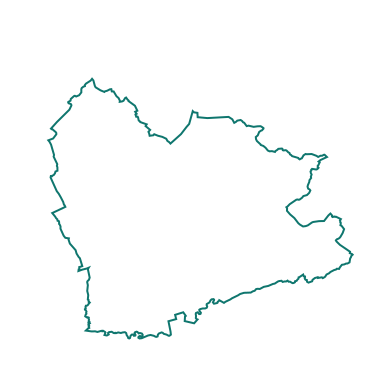 Kao Liao, Nakhon Sawan, Thailand (Equal Earth projection), rotated 76°
{"feature_id": "78962969B93579167004560", "entity_name": "Kao Liao", "entity_type": "district", "adm_level": 2, "iso_a3": "THA", "parent_name": "Thailand", "parent_adm1": "Nakhon Sawan", "projection": "equal_earth", "projection_center": [100.115, 15.884], "detail": "fine", "context": "isolated", "style": "outline", "palette": "teal", "viewbox_px": 384, "rotation_deg": 76, "n_neighbors": 0, "source": "geoboundaries", "source_scale": "gbopen_adm2", "svg_char_len": 5989}
<svg xmlns="http://www.w3.org/2000/svg" viewBox="0 0 384 384"><g transform="rotate(76 192 192)"><path d="M58.0,261.6L59.4,263.4L61.2,268.7L62.3,270.1L63.4,270.3L63.5,271.8L64.4,273.8L65.4,274.5L68.6,275.3L70.8,278.1L71.3,281.3L70.3,282.4L70.4,283.3L72.4,287.1L74.0,287.8L74.7,290.3L75.3,290.5L76.1,290.2L77.3,288.3L78.3,288.0L78.9,288.1L82.5,291.1L91.4,306.1L96.4,313.5L97.2,312.9L97.3,312.3L101.0,309.7L102.0,309.4L103.2,309.7L106.5,313.8L107.1,318.9L108.8,318.1L111.9,317.3L122.7,316.9L124.2,317.7L132.4,316.0L134.0,316.8L135.3,316.6L138.8,317.4L139.1,319.5L140.8,320.5L142.1,322.1L142.4,323.7L142.8,324.0L142.4,325.1L143.7,325.7L158.5,323.0L161.5,321.7L165.4,320.6L170.5,319.4L173.3,319.3L174.1,318.8L175.8,318.5L178.6,332.7L182.8,330.7L184.5,330.2L185.9,329.3L187.4,329.4L188.0,328.3L189.1,328.2L190.8,328.7L191.4,328.3L193.5,327.9L195.8,328.5L203.4,327.1L205.8,326.0L207.2,322.7L208.3,323.3L212.5,323.0L220.3,319.0L223.8,318.9L227.6,317.7L229.2,316.8L237.4,316.4L237.6,319.6L239.7,319.9L239.7,320.7L241.2,321.3L240.8,317.3L240.8,312.7L240.5,310.6L241.6,311.7L250.3,312.0L252.2,313.2L253.2,314.9L254.0,315.5L257.2,315.6L262.7,317.6L266.9,317.6L271.1,319.1L271.7,318.5L272.7,318.8L274.5,318.0L274.7,318.9L275.1,318.8L276.6,320.6L276.9,321.7L276.7,322.5L277.8,323.2L279.1,323.2L279.8,324.3L280.4,324.3L280.8,323.7L282.5,323.3L283.7,324.0L284.6,323.9L285.5,325.0L286.8,325.7L288.3,324.3L288.2,323.5L288.9,322.6L289.7,323.1L290.6,322.7L292.3,323.5L292.8,323.0L293.5,323.8L294.0,323.0L294.6,322.8L295.0,324.4L295.9,324.7L296.4,324.1L297.1,324.1L297.8,324.9L299.0,324.6L299.3,325.9L300.8,328.5L302.9,323.4L303.8,319.6L304.9,317.6L304.8,313.6L304.9,312.8L305.4,312.7L305.2,311.8L306.8,310.2L307.4,310.0L309.6,311.5L310.5,309.7L310.6,309.1L310.1,307.3L308.5,307.6L307.9,306.4L308.2,303.7L309.9,302.1L310.2,301.3L310.0,300.6L310.6,300.0L310.4,297.6L311.6,295.1L311.5,293.2L311.8,291.0L312.9,290.0L315.1,290.0L316.9,289.3L318.3,289.2L318.9,288.4L318.7,287.5L316.7,286.4L315.8,285.0L316.0,283.7L317.5,283.1L317.6,281.8L317.1,281.4L314.9,281.8L314.3,281.2L314.1,279.6L314.6,278.8L316.3,277.9L316.2,276.7L317.2,274.9L318.5,274.4L319.5,274.7L319.8,275.3L319.8,276.3L319.1,277.4L319.5,278.8L320.4,279.3L321.4,278.4L321.7,276.2L320.6,269.4L320.7,266.8L322.3,263.8L323.6,262.4L324.0,261.4L323.8,260.3L322.2,259.6L321.3,258.4L320.9,255.5L321.5,254.5L322.8,253.7L324.2,251.2L325.8,249.5L326.0,248.6L325.3,247.0L322.2,246.6L311.7,246.1L311.5,238.1L307.1,238.1L306.6,229.6L310.7,228.0L311.1,228.9L315.5,230.3L319.9,221.7L317.0,217.5L316.4,218.3L315.3,218.8L313.3,218.1L311.2,217.9L310.3,217.3L310.1,215.6L312.2,214.6L312.4,213.8L312.2,213.1L311.3,212.6L309.1,213.5L308.0,213.4L307.6,212.3L307.6,209.8L308.2,207.2L307.8,205.6L306.6,204.9L305.3,205.2L304.3,204.8L303.4,201.8L301.6,200.2L300.9,199.0L301.1,197.1L301.7,196.6L302.4,196.8L304.1,198.4L305.7,197.7L305.8,194.5L305.5,193.9L304.7,193.6L304.1,192.0L303.6,191.7L307.3,187.8L306.6,186.1L305.5,180.7L304.8,178.9L303.4,172.3L302.6,170.0L302.4,165.9L303.8,159.3L303.1,157.0L303.0,155.1L301.7,153.2L301.8,151.7L302.5,149.7L301.4,145.3L301.6,140.7L300.8,135.7L300.9,133.9L299.6,130.2L299.5,129.0L299.8,126.6L301.2,125.8L301.2,123.7L301.6,122.4L301.1,120.7L302.4,120.0L302.7,118.6L304.7,116.6L304.9,115.5L304.5,114.0L303.5,113.6L303.5,112.0L302.5,110.9L301.9,109.7L300.6,109.2L300.6,108.4L299.0,104.1L300.7,104.0L301.3,102.8L302.0,102.9L302.7,103.5L304.2,103.3L304.7,103.0L305.1,101.9L306.9,102.1L308.1,100.9L307.7,97.0L306.4,96.3L305.2,93.6L305.1,90.6L305.9,90.6L306.2,86.6L307.2,86.0L307.1,85.3L306.4,83.3L304.6,81.4L304.0,78.6L303.1,77.1L302.1,72.9L302.1,71.1L301.5,70.1L302.2,67.8L301.1,67.0L298.9,64.2L299.1,61.7L298.7,59.8L299.0,58.4L298.4,56.2L294.7,54.6L293.8,53.6L292.7,53.0L291.7,51.3L290.9,51.8L289.5,53.7L288.2,53.1L279.1,61.2L274.9,63.8L273.7,64.1L272.9,62.8L272.7,61.1L272.2,59.9L271.4,58.8L268.2,55.7L264.8,53.4L260.9,55.1L260.2,56.0L258.0,55.1L257.0,55.5L255.9,55.1L255.3,55.3L254.3,54.1L250.8,58.3L250.8,59.1L250.3,59.5L250.3,61.7L249.6,62.1L248.8,61.7L246.4,62.9L247.7,65.3L252.1,70.9L251.0,75.8L250.4,81.7L250.6,83.0L252.4,87.7L252.6,89.9L252.3,92.6L249.8,95.1L248.0,96.4L242.0,99.0L237.5,102.2L233.2,104.4L230.9,103.7L229.6,104.1L229.2,102.9L227.5,100.2L224.7,92.6L224.8,91.4L225.4,90.2L225.3,89.2L224.2,86.6L222.9,84.9L222.8,81.2L221.2,78.5L219.1,76.8L218.1,77.2L216.8,78.5L214.8,78.6L213.4,77.9L210.5,75.7L209.0,75.2L207.2,73.0L206.0,73.0L203.9,71.7L202.4,72.1L200.7,72.0L199.9,70.9L199.2,70.9L198.6,69.9L200.2,66.1L200.2,65.3L199.7,64.2L199.2,63.5L198.6,64.1L196.9,63.6L196.9,63.2L194.1,60.9L193.1,61.8L192.1,59.7L190.7,52.6L187.9,54.4L187.8,55.2L188.3,56.9L187.9,58.6L188.5,61.1L187.0,62.5L184.1,66.7L183.1,71.6L182.6,72.6L183.4,74.9L185.9,77.3L186.0,78.3L186.4,79.6L185.4,80.5L184.7,80.6L181.4,86.2L180.2,86.8L179.2,87.8L177.6,88.0L176.9,88.9L174.7,90.2L174.1,90.9L173.8,93.2L173.4,93.8L172.1,93.8L171.6,94.2L171.0,97.8L171.7,98.9L172.5,101.2L173.2,101.8L171.7,104.5L171.3,106.9L170.1,108.4L166.9,109.9L164.6,111.6L163.0,113.9L162.5,113.9L158.2,116.7L156.2,117.1L154.1,116.8L153.0,114.5L150.0,112.3L149.2,110.3L149.1,109.2L147.8,107.3L147.2,107.2L145.2,109.0L144.7,109.7L144.1,112.6L143.7,116.4L141.3,121.1L141.3,123.0L137.4,124.6L136.7,125.6L135.4,126.1L133.9,127.4L133.7,130.8L134.6,132.4L135.1,134.3L131.2,135.3L128.0,138.3L124.0,159.2L120.8,168.4L116.5,167.6L115.2,170.8L113.7,171.7L125.3,178.3L127.5,181.5L133.2,188.7L139.8,201.2L138.2,202.0L136.5,203.5L134.1,204.1L131.3,207.5L129.2,211.4L126.8,214.7L127.6,215.8L127.2,219.5L124.7,219.4L123.1,219.7L121.6,217.6L116.8,221.1L115.4,219.6L111.7,225.2L111.4,225.1L109.7,226.4L106.5,226.3L105.7,226.6L105.5,227.9L103.1,228.1L102.7,226.8L100.4,227.7L99.9,225.4L94.5,226.5L88.4,231.6L87.9,231.4L86.7,232.2L84.4,233.1L84.7,234.2L86.9,236.4L87.2,237.8L87.0,240.3L86.0,239.9L83.1,240.5L80.8,242.1L75.5,243.7L75.0,245.5L72.7,245.4L72.5,246.8L73.2,249.7L73.3,252.3L73.7,252.8L71.2,256.2L67.1,260.2L65.5,260.6L59.9,260.7L58.0,261.6Z" fill="none" stroke="#0f766e" stroke-width="2"/></g></svg>